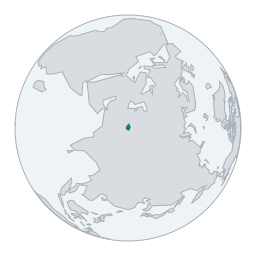 globe centered on Kashkadarya, rotated 94°
{"feature_id": "UZB-361", "entity_name": "Kashkadarya", "entity_type": "Region", "adm_level": 1, "iso_a3": "UZB", "parent_name": "Uzbekistan", "parent_adm1": "", "projection": "orthographic", "projection_center": [66.509, 38.762], "detail": "fine", "context": "on_globe", "style": "filled", "palette": "teal", "viewbox_px": 256, "rotation_deg": 94, "n_neighbors": 0, "source": "natural_earth", "source_scale": "10m", "svg_char_len": 11265}
<svg xmlns="http://www.w3.org/2000/svg" viewBox="0 0 256 256"><g transform="rotate(94 128 128)"><circle cx="128" cy="128" r="113" fill="#eef3f6" stroke="#a8b0b8"/><path d="M143.7,16.5L145.1,16.7L148.9,18.6L158.3,22.7L163.7,24.2L160.7,24.0L172.5,27.3L179.2,30.9L170.1,26.8L168.1,26.4L171.8,28.7L170.5,28.8L171.6,30.1L169.7,30.2L164.6,28.1L163.3,28.2L166.0,29.8L165.8,31.1L162.0,28.7L161.3,30.8L152.6,28.3L143.9,22.7L137.5,22.4L124.5,19.9L124.2,20.6L119.1,20.5L116.8,21.5L115.0,21.0L114.7,22.2L116.8,22.5L117.3,23.1L116.2,23.8L113.7,23.2L113.9,22.8L112.6,23.0L111.9,22.5L111.6,23.1L108.8,22.5L109.8,24.1L106.1,24.5L104.7,23.8L107.2,22.6L109.9,18.9L109.3,18.3L105.9,18.5L94.6,21.5L92.9,21.6L89.0,22.7L88.8,23.1L91.9,22.4L90.7,23.7L94.6,22.9L94.6,23.5L97.7,23.5L94.7,25.0L90.2,26.5L87.5,26.7L85.4,27.5L86.0,28.7L79.0,30.7L71.0,35.1L69.5,35.6L70.1,33.6L75.2,29.8L76.0,28.3L73.0,30.9L69.2,32.6L67.5,33.7L66.2,34.7L66.7,34.8L64.9,35.9L67.2,33.4L68.9,32.4L68.1,33.1L70.5,31.4L72.1,30.2L70.8,31.0L78.2,27.0L85.9,23.5L93.8,20.7L101.9,18.4L110.2,16.8L118.5,15.8L126.9,15.4L135.3,15.6L143.7,16.5ZM145.7,16.8L146.3,16.9L144.4,16.6L145.7,16.8ZM150.5,17.9L148.7,17.6L149.0,17.4L149.9,17.7L150.5,17.9ZM167.9,25.4L165.7,24.3L168.3,25.4L167.9,25.4ZM172.1,30.3L173.1,30.6L173.2,31.2L172.1,30.3ZM99.1,22.7L98.4,23.1L98.2,22.9L99.1,22.7ZM101.1,22.5L101.4,21.9L102.3,21.7L102.2,22.1L101.1,22.5ZM170.4,31.9L170.3,32.8L169.6,31.4L170.4,31.9ZM100.6,23.2L104.1,21.5L105.8,21.2L106.6,22.2L100.6,23.2ZM169.7,33.1L169.4,35.7L171.7,36.5L165.1,35.9L167.5,33.8L166.2,31.9L168.2,33.0L169.7,33.1ZM117.9,22.3L115.7,22.0L118.6,21.7L117.9,22.3ZM119.7,21.9L127.9,20.5L130.6,21.4L127.3,21.6L131.7,22.5L129.0,23.6L125.9,23.4L124.7,22.5L124.6,23.7L119.7,21.9ZM161.5,35.3L160.6,35.7L160.5,34.9L161.5,35.3ZM117.8,23.4L119.2,22.9L121.6,23.6L119.3,24.7L119.2,24.1L117.8,23.4ZM134.1,22.3L135.5,23.1L133.7,24.2L134.0,24.7L129.1,23.7L134.1,22.3ZM118.1,24.3L118.0,25.3L115.8,25.6L116.6,23.9L118.1,24.3ZM123.3,23.4L124.3,23.9L123.0,23.9L123.3,23.4ZM107.9,27.5L109.5,26.8L110.9,27.0L107.9,27.5ZM118.1,25.6L118.9,25.5L119.6,25.6L119.1,26.3L118.1,25.6ZM128.2,24.7L127.1,25.0L130.1,25.1L128.9,26.1L125.8,25.3L126.6,26.1L126.2,26.4L124.2,25.5L128.2,24.7ZM120.8,27.4L116.5,27.0L113.1,28.2L111.8,27.9L117.4,26.0L120.8,27.4ZM123.0,26.3L121.3,26.9L120.5,26.2L121.1,25.3L123.0,26.3ZM129.1,27.1L131.8,25.8L132.4,26.0L129.1,27.1ZM120.0,27.8L121.0,27.9L119.8,28.0L120.0,27.8ZM126.5,27.5L127.4,26.9L128.0,27.2L126.5,27.5ZM122.4,28.7L121.0,28.5L121.4,27.9L122.4,28.7ZM124.4,28.2L125.1,28.7L122.4,27.8L124.7,27.9L124.4,28.2ZM127.0,27.8L127.6,27.8L126.5,28.0L127.0,27.8ZM121.8,31.2L118.3,30.1L119.1,28.7L122.4,29.9L121.8,31.2ZM18.5,131.8L19.6,112.6L21.8,109.3L24.2,102.7L40.9,93.9L42.2,98.4L52.9,105.2L53.8,107.3L50.2,111.8L56.4,124.9L61.1,122.3L69.0,130.9L75.8,133.7L82.3,124.4L71.3,119.6L71.7,113.7L82.4,113.1L92.4,117.6L92.9,115.5L88.5,108.7L92.8,106.0L87.3,106.1L88.0,108.8L84.6,109.1L83.7,106.6L85.2,105.7L82.8,103.5L76.0,109.0L76.1,112.4L68.4,110.0L67.8,115.5L65.0,116.7L65.0,107.9L66.5,105.5L64.9,94.5L62.6,96.7L64.0,107.4L62.7,105.8L59.6,109.4L60.9,105.4L60.0,93.6L54.4,91.1L43.9,96.1L41.3,94.2L40.8,89.5L48.1,80.6L53.0,86.0L55.6,83.4L57.6,77.1L58.9,79.4L60.3,77.7L62.5,79.6L68.4,77.8L71.0,79.3L76.1,74.6L78.2,74.8L74.5,77.5L73.4,80.4L80.2,84.6L82.3,84.2L85.2,80.9L86.7,82.7L88.5,78.9L93.8,79.9L88.9,75.7L92.1,72.1L96.8,70.7L97.0,68.9L89.3,71.2L87.0,72.9L86.4,75.5L79.4,80.0L76.5,79.5L80.5,72.3L76.7,70.9L81.5,66.3L99.4,62.1L105.5,62.7L109.4,71.3L106.4,73.1L103.5,70.7L103.6,76.2L104.8,74.1L106.1,75.8L109.4,73.1L110.5,74.1L111.9,69.9L113.5,70.9L112.6,73.6L119.0,70.9L123.2,72.3L124.2,71.3L124.0,69.7L129.5,72.8L129.9,71.9L128.3,70.5L128.1,67.9L130.0,64.5L131.8,65.8L131.3,67.1L133.2,72.1L131.8,75.8L132.7,76.0L134.3,73.1L132.1,67.0L132.7,64.7L134.2,67.3L133.7,66.2L134.6,65.4L137.1,65.9L135.7,63.0L142.7,54.1L148.3,54.5L148.9,57.6L155.7,53.6L161.5,54.9L160.0,53.6L162.3,51.1L160.5,50.6L159.9,49.8L164.9,44.0L167.4,43.9L167.9,40.4L167.1,39.8L165.2,39.6L165.1,35.9L171.7,36.5L173.1,37.9L176.3,37.6L179.1,40.8L182.9,43.6L184.1,47.7L187.0,49.8L187.9,49.4L192.5,52.2L198.9,59.5L189.7,54.9L179.4,45.6L183.3,49.3L181.2,49.0L181.9,50.7L184.7,53.5L185.8,53.5L184.1,61.6L188.6,71.1L191.2,68.6L194.6,69.8L201.9,79.8L203.8,98.1L208.3,101.1L209.8,104.1L208.5,107.5L206.3,103.2L203.3,103.0L202.3,100.2L199.4,104.7L197.8,100.9L196.3,106.5L198.9,108.8L202.0,106.0L201.4,112.8L206.9,115.9L209.5,121.9L206.8,136.3L201.2,143.0L201.3,145.1L198.0,144.2L195.3,149.6L202.5,157.9L202.8,161.0L197.6,169.3L197.2,167.2L188.6,164.8L188.1,172.5L194.6,176.0L196.9,181.8L192.3,181.6L189.9,176.5L186.9,175.5L186.9,169.0L182.9,160.5L178.3,163.8L177.9,159.8L171.7,153.0L164.6,157.3L153.9,169.8L153.6,179.7L149.3,184.4L141.2,171.1L139.2,161.3L135.3,162.4L127.8,154.0L111.9,152.6L110.6,149.7L107.4,150.6L102.2,147.2L100.5,142.4L97.0,142.0L101.9,154.6L105.7,154.9L110.2,151.1L110.8,155.3L115.8,159.5L107.0,168.1L85.0,172.1L84.4,164.4L75.5,139.5L76.6,137.3L76.7,137.0L76.6,136.5L74.3,139.9L73.2,134.9L76.3,151.9L76.2,158.4L84.7,172.5L83.5,173.3L86.7,176.4L98.7,176.2L98.5,178.6L91.9,188.1L76.5,197.6L79.4,206.7L79.8,213.0L72.3,214.2L75.0,219.0L71.4,218.8L72.5,221.1L70.7,222.0L67.0,221.4L58.6,216.2L56.4,214.0L49.7,207.3L39.8,192.1L40.2,187.9L38.7,182.8L32.8,167.4L34.0,161.9L32.8,157.9L30.1,156.0L29.0,151.1L27.5,149.4L19.8,140.1L18.5,131.8ZM32.6,101.4L31.6,103.2L32.6,101.4ZM101.4,127.8L108.4,129.7L108.0,122.3L110.6,122.6L109.5,120.1L107.9,121.8L105.5,115.2L109.5,113.9L110.1,110.8L107.7,110.1L100.8,113.5L104.1,122.9L101.4,125.3L101.4,127.8ZM69.1,32.7L68.8,32.9L67.3,34.1L67.5,33.8L69.1,32.7ZM63.6,38.6L60.8,40.2L62.9,38.7L62.6,38.4L66.8,35.1L69.0,35.7L67.3,35.9L63.6,38.6ZM73.0,31.2L70.1,33.0L73.2,31.0L73.0,31.2ZM66.1,67.0L65.8,69.0L63.6,70.4L60.3,69.1L63.5,67.0L66.1,67.0ZM66.0,71.5L70.8,65.1L73.1,65.8L71.0,66.5L72.0,67.6L68.9,68.9L66.3,76.3L64.1,78.1L59.3,74.3L62.0,74.4L62.1,72.4L66.0,71.5ZM79.4,49.7L81.5,47.6L83.6,51.9L81.3,53.4L77.9,52.1L78.6,49.5L79.4,49.7ZM101.2,25.7L101.9,25.0L102.6,25.1L102.6,25.7L101.2,25.7ZM108.5,27.1L99.0,28.7L99.3,28.0L93.3,30.0L91.8,29.1L95.7,27.7L90.0,28.7L92.9,27.1L89.0,28.0L97.9,25.1L100.3,23.9L98.2,25.5L99.6,26.4L100.9,26.4L106.3,25.7L112.2,23.8L114.4,24.6L114.5,25.7L113.4,26.2L112.3,25.5L111.7,26.8L109.2,26.2L108.5,27.1ZM113.8,41.3L112.9,39.6L111.3,43.3L108.8,42.2L108.8,42.7L106.1,42.8L102.7,43.8L102.0,43.1L101.0,43.8L99.2,44.0L97.6,44.8L95.6,43.8L93.5,44.8L93.8,43.8L90.7,45.8L92.2,43.9L89.9,44.2L89.7,45.9L83.1,39.9L79.2,39.3L75.2,39.9L78.2,36.9L83.9,34.5L90.4,33.2L93.7,34.4L94.4,32.9L96.2,33.2L94.9,34.2L98.0,32.8L99.2,33.3L105.0,32.8L108.8,30.7L111.0,30.7L110.1,31.7L112.9,30.9L112.6,32.9L114.2,33.0L115.5,35.2L112.8,37.4L114.7,37.3L115.8,39.1L113.8,41.3ZM122.1,31.8L119.4,34.5L116.7,35.3L115.6,31.2L114.2,30.9L113.4,28.6L117.3,27.5L117.2,28.3L117.9,28.7L116.4,28.9L118.2,29.1L118.1,30.2L119.5,30.8L118.2,31.4L122.1,31.8ZM56.4,106.4L57.4,107.5L59.2,108.5L57.3,110.9L56.4,106.4ZM55.6,98.4L56.7,98.8L54.9,102.4L53.9,101.4L55.6,98.4ZM58.8,96.1L56.9,98.5L57.3,96.6L58.8,96.1ZM75.7,77.8L77.1,78.1L76.6,79.0L75.2,79.9L75.7,77.8ZM108.5,53.0L108.4,51.6L109.2,51.4L111.2,48.7L113.2,49.4L112.8,51.4L108.5,53.0ZM79.6,125.4L76.8,126.6L76.1,125.2L77.2,125.0L79.6,125.4ZM65.8,118.8L68.3,121.6L65.3,119.4L65.8,118.8ZM111.0,53.3L111.6,52.0L112.2,53.2L111.0,53.3ZM114.8,49.8L115.7,50.9L113.7,49.2L114.8,49.8ZM131.2,240.5L132.8,240.5L130.8,240.6L131.2,240.5ZM98.0,216.5L94.1,225.3L89.0,224.2L86.8,221.0L87.4,215.3L92.9,214.7L95.2,212.2L98.0,216.5ZM216.1,185.0L218.1,183.8L217.9,184.2L216.1,185.0ZM214.1,185.2L216.5,183.6L213.5,186.3L214.1,185.2ZM217.4,183.0L219.8,180.4L220.9,179.0L220.6,179.9L217.4,183.0ZM212.4,186.4L202.3,192.0L198.2,193.0L199.3,191.1L206.1,188.1L212.4,186.4ZM199.0,191.2L192.4,190.1L182.0,181.1L185.7,180.2L196.3,183.9L195.7,185.5L199.7,187.0L199.0,191.2ZM214.3,175.5L213.6,179.7L208.3,182.6L205.7,183.4L204.0,179.4L205.0,176.3L207.1,175.3L214.4,161.8L217.2,162.3L215.2,167.5L217.3,169.6L214.3,175.5ZM154.2,180.5L157.2,185.7L154.8,187.0L154.2,180.5ZM216.6,153.5L214.2,159.4L216.2,152.3L216.6,153.5ZM217.4,147.3L217.9,149.2L216.4,148.0L217.4,147.3ZM201.9,148.1L199.7,149.7L199.3,148.2L201.9,145.3L201.9,148.1ZM211.4,127.1L212.7,131.6L212.8,133.4L211.1,131.3L211.4,127.1ZM128.8,59.5L123.7,62.3L121.4,65.3L122.2,68.1L119.0,65.5L122.5,61.0L128.8,59.5ZM140.8,54.5L140.1,52.3L141.8,52.6L142.2,53.2L140.8,54.5ZM139.4,53.6L135.9,52.2L136.4,50.5L139.1,52.0L139.4,53.6ZM123.3,52.3L121.7,53.1L121.2,52.1L123.3,52.3ZM207.3,207.9L200.2,214.4L197.8,216.0L200.3,213.7L201.8,210.0L202.7,209.4L204.4,205.8L214.2,196.3L221.8,184.6L225.1,181.5L228.8,173.3L231.6,169.7L229.6,175.2L231.0,173.6L235.4,161.0L234.5,164.6L231.4,172.7L227.7,180.4L223.4,187.9L218.6,195.0L213.2,201.7L207.3,207.9ZM220.9,181.5L223.9,176.3L225.3,174.8L220.9,181.5ZM237.7,153.5L237.6,153.8L237.3,153.9L235.9,158.9L233.4,163.4L234.3,160.6L234.3,158.6L231.0,162.4L230.4,161.6L231.8,158.7L229.2,160.3L232.0,156.2L232.9,158.4L234.4,153.6L236.4,150.8L238.0,148.5L238.7,148.1L238.3,149.9L238.3,150.7L237.7,153.5ZM231.5,164.1L232.0,163.5L231.5,165.1L231.5,164.1ZM238.9,146.8L239.9,140.5L240.0,139.7L239.3,145.3L238.9,146.8ZM240.0,139.8L239.9,139.4L240.1,138.2L240.1,138.9L240.0,139.8ZM225.9,167.5L225.7,168.6L224.9,168.6L225.9,167.5ZM227.0,165.8L229.3,164.4L226.7,166.9L227.0,165.8ZM218.7,169.4L219.6,171.2L222.3,167.5L220.2,171.3L221.8,173.8L221.1,175.7L219.6,173.0L218.6,177.8L217.4,178.6L217.0,175.4L218.3,169.9L219.5,167.1L224.2,162.4L218.7,169.4ZM227.1,162.9L226.4,160.8L226.8,158.4L227.6,159.2L227.1,162.9ZM224.0,155.7L221.7,154.0L220.0,156.7L223.1,149.0L224.8,152.0L224.0,155.7ZM221.4,149.6L219.9,152.2L221.3,148.0L221.4,149.6ZM219.3,151.4L218.7,149.1L220.1,148.4L219.3,151.4ZM222.3,149.0L222.0,144.7L223.0,146.5L222.3,149.0ZM217.1,144.1L220.8,145.9L216.6,147.1L214.6,139.2L216.3,137.8L217.1,144.1ZM214.9,104.2L213.5,102.2L214.5,100.4L215.2,102.3L214.9,104.2ZM216.4,93.6L214.3,99.3L212.4,104.3L213.8,104.5L214.9,109.0L211.8,106.6L211.9,100.4L213.7,97.4L212.3,93.8L212.6,89.9L210.0,86.2L209.6,83.8L212.5,86.3L216.4,93.6ZM208.8,84.8L204.4,77.7L207.0,76.3L208.5,77.6L209.5,81.3L208.0,81.8L208.8,84.8ZM204.0,75.7L202.6,76.1L193.1,68.4L191.7,66.5L200.4,71.2L199.5,72.0L201.3,74.3L204.0,75.7ZM161.8,36.3L160.8,35.8L161.9,35.8L161.8,36.3ZM158.9,49.6L158.3,48.5L159.7,48.5L158.9,49.6ZM157.5,45.5L156.4,46.3L156.8,45.0L157.5,45.5ZM153.9,48.4L155.5,46.4L155.0,49.1L153.9,48.4Z" fill="#d9dde1" stroke="#a8b0b8" stroke-width="1"/><path d="M129.3,127.0L129.5,127.2L129.7,127.3L129.8,127.3L129.8,127.5L129.7,127.5L129.6,127.8L129.6,128.0L129.4,128.1L129.3,128.3L129.2,128.3L129.1,128.5L128.9,128.7L128.9,128.8L128.7,128.9L128.6,129.0L128.3,129.3L128.3,129.5L128.2,129.5L128.1,129.4L127.9,129.4L127.7,129.3L127.6,129.2L127.4,129.2L127.2,129.0L126.9,129.0L126.7,129.1L126.4,128.8L126.2,128.7L125.9,128.5L125.6,128.3L125.5,128.2L125.3,128.1L125.1,128.0L124.8,127.7L124.7,127.6L124.8,127.6L124.9,127.4L125.0,127.4L125.3,127.3L125.5,127.2L125.6,126.8L125.8,126.7L126.1,126.6L126.7,126.6L126.8,126.6L126.8,126.4L127.0,126.4L127.0,126.5L127.2,126.8L127.3,126.9L127.6,126.8L127.8,126.8L127.8,126.7L127.9,126.8L128.0,126.9L128.2,126.7L128.3,126.7L128.5,126.7L128.6,126.8L128.6,127.0L128.8,126.9L129.3,127.0Z" fill="#14b8a6" stroke="#0f766e" stroke-width="1.5"/></g></svg>